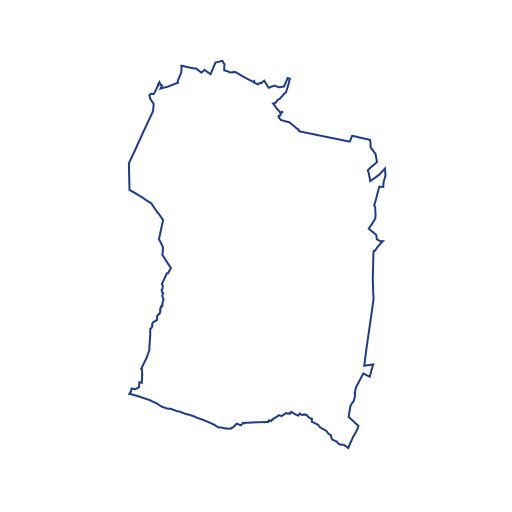 the district of Skultes pag., Limbaži, Latvia, rotated 293°
{"feature_id": "27541924B61161973080375", "entity_name": "Skultes pag.", "entity_type": "district", "adm_level": 2, "iso_a3": "LVA", "parent_name": "Latvia", "parent_adm1": "Limbaži", "projection": "natural_earth1", "projection_center": [24.474, 57.372], "detail": "fine", "context": "isolated", "style": "outline", "palette": "blue", "viewbox_px": 512, "rotation_deg": 293, "n_neighbors": 0, "source": "geoboundaries", "source_scale": "gbopen_adm2", "svg_char_len": 5855}
<svg xmlns="http://www.w3.org/2000/svg" viewBox="0 0 512 512"><g transform="rotate(293 256 256)"><path d="M160.4,402.6L164.8,402.1L167.5,401.2L167.9,400.6L168.8,400.3L168.9,400.5L169.2,400.5L171.9,399.7L174.9,399.4L180.3,399.9L189.8,400.7L189.3,407.8L202.0,406.2L199.8,402.9L199.7,402.5L197.3,398.5L215.9,393.3L218.4,392.7L220.8,392.0L231.2,389.3L261.8,381.2L264.6,380.0L267.2,378.6L281.6,372.0L305.0,362.8L306.8,362.5L307.2,363.4L312.4,364.5L319.2,367.0L318.2,364.5L318.3,363.4L318.7,361.0L318.6,360.7L322.0,358.7L322.4,358.4L325.2,349.1L331.4,350.3L333.4,350.6L333.8,350.7L337.2,351.2L339.3,350.3L340.5,350.0L347.3,346.7L348.7,345.1L356.4,344.1L359.5,343.6L368.0,342.4L369.3,346.2L372.1,345.1L373.3,344.8L374.5,344.5L380.6,343.8L386.9,340.5L379.3,337.8L379.3,337.7L374.3,334.9L369.6,331.9L376.9,327.0L378.5,325.4L382.3,326.9L389.7,330.7L396.6,326.2L400.9,319.0L405.5,316.9L407.5,315.5L407.3,315.1L407.1,313.4L405.3,303.7L405.4,303.3L405.3,303.1L404.3,297.9L404.1,297.5L398.0,297.7L397.6,296.2L387.7,247.3L387.7,247.1L388.9,245.8L388.7,245.7L392.1,234.7L390.9,225.8L392.0,223.9L392.3,223.1L392.5,223.0L393.1,222.3L393.4,222.1L393.8,222.2L394.6,223.1L395.5,223.5L396.1,223.2L396.8,223.1L397.0,223.1L397.0,223.3L397.6,223.7L398.4,223.9L398.8,224.0L399.0,223.8L397.4,222.3L397.9,221.7L400.4,216.5L402.4,213.4L403.0,212.2L404.9,214.3L408.2,214.9L409.8,216.4L416.4,218.6L418.5,219.6L427.1,218.8L430.4,218.1L432.4,218.0L432.2,215.6L423.0,215.6L420.4,211.4L419.9,206.1L415.8,202.0L416.6,200.7L420.6,195.0L417.7,193.6L417.1,193.4L417.1,192.1L414.7,190.8L414.9,186.5L416.2,186.0L415.2,185.0L415.9,176.1L416.0,176.0L416.0,175.7L416.0,174.7L416.2,173.7L417.1,166.8L417.3,166.1L416.9,163.5L416.3,163.6L414.7,160.0L415.0,159.0L414.5,154.2L418.4,152.6L420.3,152.1L420.9,150.8L422.5,148.7L420.1,145.6L418.2,143.1L405.6,143.1L407.2,135.8L405.9,135.3L403.5,134.1L405.0,127.9L405.2,127.6L404.1,124.4L402.9,117.9L402.2,113.2L401.6,112.9L400.1,114.0L395.7,115.5L386.7,115.5L385.9,115.8L385.4,116.2L385.1,116.5L377.1,108.3L375.3,105.8L372.9,102.8L376.3,102.8L376.5,101.0L378.3,99.2L375.3,98.8L374.6,99.5L373.8,99.0L372.7,99.1L366.7,98.8L365.1,98.4L364.5,97.0L364.3,95.9L362.3,95.0L359.4,97.3L356.1,102.3L351.2,104.0L348.4,104.6L326.2,103.8L318.1,103.6L317.7,103.6L310.8,103.3L310.4,103.4L310.4,103.5L296.0,102.9L291.6,102.8L267.4,113.7L266.9,117.6L267.0,117.7L265.3,129.8L264.6,132.1L263.5,139.3L262.8,140.1L257.4,148.5L257.2,149.5L252.8,156.4L233.6,160.1L230.5,163.9L227.4,167.2L220.4,169.4L211.6,182.4L205.7,181.7L205.2,180.7L193.4,180.3L192.2,181.9L191.1,182.1L189.7,182.7L189.2,182.7L187.9,182.3L186.2,183.6L185.5,185.1L183.6,185.1L182.6,185.3L180.3,187.5L179.8,187.9L175.9,188.3L175.3,188.6L174.9,188.6L174.7,188.9L174.4,189.1L173.9,188.9L173.2,189.2L173.0,188.7L172.8,188.6L172.7,188.4L172.5,188.5L172.1,188.5L171.8,188.7L171.3,188.5L171.0,188.5L170.4,188.4L170.2,188.6L169.4,188.9L169.0,188.8L168.9,188.9L168.5,189.0L168.4,189.3L166.8,189.8L166.3,189.7L165.6,189.8L165.5,189.7L164.7,189.7L164.4,189.3L164.3,189.0L161.8,188.5L158.5,189.9L157.9,189.7L156.7,188.6L156.2,188.1L154.5,187.1L152.7,187.0L151.8,187.5L151.6,187.8L150.9,188.0L149.2,187.9L148.4,187.6L147.8,187.1L144.7,188.3L142.9,189.2L131.5,193.1L127.6,194.6L124.4,194.8L121.2,195.0L120.3,195.1L107.3,194.4L107.4,195.1L102.5,197.5L102.4,197.5L102.3,197.8L101.5,197.8L101.2,198.0L100.8,198.0L100.2,198.3L100.0,198.5L99.3,198.7L99.0,199.0L98.6,199.1L98.2,199.3L97.8,199.2L95.5,200.1L95.3,199.9L95.2,200.0L95.0,200.3L94.9,200.3L94.7,200.4L94.3,198.0L89.4,199.5L89.2,199.3L86.1,196.8L85.4,193.3L81.0,193.9L80.9,193.4L79.6,193.4L79.8,193.8L80.0,195.5L80.1,195.9L80.1,196.7L80.2,196.9L80.3,197.8L80.4,198.1L80.6,200.1L80.7,200.5L80.9,201.4L80.9,201.7L80.7,201.9L81.0,202.7L81.2,205.4L81.2,206.3L81.3,208.8L81.5,209.6L81.5,211.3L81.8,212.4L81.7,213.1L81.7,213.8L81.9,214.7L81.6,217.1L81.6,217.9L81.5,218.6L81.5,219.1L81.6,219.3L81.6,219.6L81.6,221.1L81.3,223.2L81.3,223.6L80.8,225.9L80.6,227.8L80.5,228.7L80.6,229.6L80.7,231.3L80.8,233.3L81.0,234.3L81.4,235.6L81.7,236.3L82.1,237.7L82.1,238.7L82.1,239.6L82.3,241.9L82.3,242.9L82.2,243.6L82.6,245.0L82.7,245.6L83.0,246.5L82.9,247.6L83.0,248.7L82.9,249.3L83.1,250.9L83.0,251.7L83.5,255.0L83.5,255.3L83.7,256.1L84.0,257.7L83.9,258.2L83.9,258.8L84.1,260.4L84.0,260.8L84.2,261.7L84.0,264.8L84.1,265.6L84.2,267.0L84.3,267.8L84.4,269.9L84.5,273.0L84.4,273.9L84.5,275.3L84.5,278.1L84.5,278.6L84.4,280.4L84.4,282.9L84.2,283.6L84.2,284.5L84.2,285.0L83.9,285.6L83.8,287.0L83.6,287.7L83.6,288.6L83.7,289.0L84.3,290.3L84.7,291.7L84.8,293.0L85.2,294.2L85.2,295.1L85.4,295.6L85.8,296.3L86.1,297.8L86.9,299.3L87.6,300.9L88.6,300.9L89.6,302.0L94.1,303.6L94.3,308.4L97.2,309.2L97.3,310.5L97.9,310.6L99.6,314.2L100.5,316.1L100.8,316.5L105.7,327.0L106.2,328.1L106.1,328.6L107.1,329.9L107.8,331.9L108.0,331.9L108.0,332.1L109.9,332.2L109.8,334.2L111.9,334.9L111.9,335.4L113.2,335.7L113.3,335.8L116.4,338.1L118.1,339.0L118.2,339.3L118.4,339.5L118.5,339.7L118.6,342.1L119.4,342.7L120.4,343.2L120.7,343.5L123.1,345.0L123.3,345.2L123.3,345.8L123.2,346.5L124.2,348.1L123.9,348.8L126.3,349.4L125.7,353.8L125.5,356.7L125.7,357.5L128.0,357.7L127.7,360.0L127.6,360.3L128.6,362.2L129.0,362.1L129.3,363.1L129.1,363.6L129.4,364.1L129.4,365.4L128.8,365.7L128.3,366.9L127.8,369.6L128.1,371.0L125.2,372.2L125.3,373.1L125.1,375.4L124.9,379.0L123.4,381.7L123.2,383.0L122.5,389.0L120.8,392.0L120.3,394.9L119.3,395.5L117.3,397.3L116.9,398.0L116.7,398.8L116.8,399.4L116.7,402.9L116.3,403.5L115.4,405.4L115.4,407.4L115.5,407.4L115.7,407.9L116.5,410.8L116.4,411.3L116.1,411.9L116.0,413.1L115.7,414.6L115.6,414.8L115.3,416.0L117.2,416.0L117.6,415.9L122.8,415.9L124.6,416.1L127.1,416.0L132.0,416.7L135.9,417.0L139.6,416.7L143.4,406.2L144.0,404.2L150.6,402.5L152.3,402.2L152.8,401.9L153.2,401.9L154.7,401.5L155.2,401.6L155.5,401.6L158.5,402.0L160.4,402.6Z" fill="none" stroke="#1e3a8a" stroke-width="2"/></g></svg>